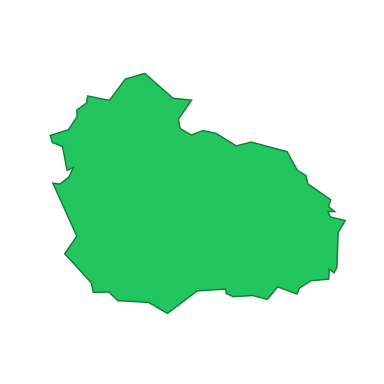 outline of Zelenikovo, Zelenikovo, North Macedonia, rotated 74°
{"feature_id": "65306769B35230400843522", "entity_name": "Zelenikovo", "entity_type": "district", "adm_level": 2, "iso_a3": "MKD", "parent_name": "North Macedonia", "parent_adm1": "Zelenikovo", "projection": "robinson", "projection_center": [21.57, 41.832], "detail": "fine", "context": "isolated", "style": "filled", "palette": "green", "viewbox_px": 384, "rotation_deg": 74, "n_neighbors": 0, "source": "geoboundaries", "source_scale": "gbopen_adm2", "svg_char_len": 853}
<svg xmlns="http://www.w3.org/2000/svg" viewBox="0 0 384 384"><g transform="rotate(74 192 192)"><path d="M294.6,186.5L299.0,187.0L303.9,181.3L308.3,162.0L316.0,149.2L306.8,135.8L319.0,119.2L313.7,114.8L310.2,101.9L313.4,84.6L304.0,81.3L308.8,77.8L304.4,73.5L271.3,62.7L261.7,52.6L254.0,66.0L248.2,66.5L250.2,60.3L243.5,64.8L237.8,60.8L216.2,78.3L207.5,78.1L200.2,84.7L179.5,89.5L160.3,121.3L159.9,136.7L142.2,152.8L136.0,164.4L137.0,177.0L127.8,185.9L118.3,185.0L103.6,167.1L96.6,184.5L65.0,204.7L65.1,225.0L81.2,246.1L70.9,265.8L77.4,268.8L81.5,280.1L88.0,281.7L98.1,293.7L98.6,312.8L106.0,312.5L112.7,303.9L136.7,306.1L135.7,299.2L143.7,306.3L148.0,316.9L145.1,323.3L202.7,314.9L216.3,331.4L251.5,313.8L261.3,314.6L265.1,299.6L276.0,293.2L286.1,264.3L301.9,249.1L288.5,214.2L294.6,186.5Z" fill="#22c55e" stroke="#15803d" stroke-width="1.5"/></g></svg>